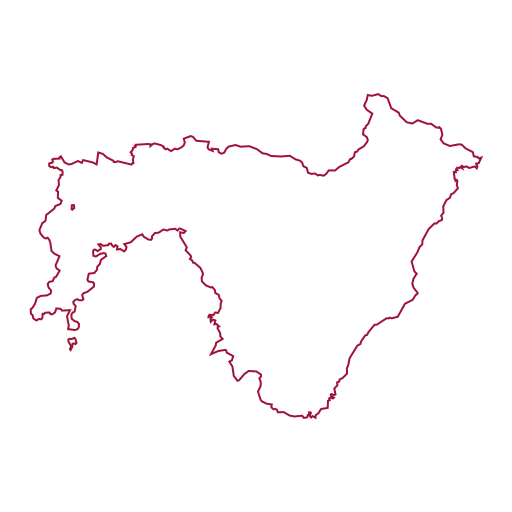 Gowa, Sulawesi Selatan, Indonesia (Mercator projection)
{"feature_id": "22746128B57887954309635", "entity_name": "Gowa", "entity_type": "district", "adm_level": 2, "iso_a3": "IDN", "parent_name": "Indonesia", "parent_adm1": "Sulawesi Selatan", "projection": "mercator", "projection_center": [119.648, -5.33], "detail": "fine", "context": "isolated", "style": "outline", "palette": "rose", "viewbox_px": 512, "rotation_deg": 0, "n_neighbors": 0, "source": "geoboundaries", "source_scale": "gbopen_adm2", "svg_char_len": 5976}
<svg xmlns="http://www.w3.org/2000/svg" viewBox="0 0 512 512"><path d="M416.7,273.7L414.4,271.4L411.6,261.5L417.4,252.3L419.6,247.0L422.2,244.5L422.5,240.4L428.6,229.1L434.6,223.3L436.4,223.6L438.7,221.3L441.9,220.0L442.2,218.5L441.2,215.6L443.5,212.7L443.2,206.5L446.3,200.2L450.0,197.7L451.0,194.4L453.6,193.1L457.9,188.3L456.8,184.9L457.4,180.8L456.8,180.1L455.6,180.8L455.6,179.5L454.7,179.2L453.8,172.0L455.8,172.3L455.8,170.7L457.4,170.1L456.2,169.1L457.4,167.6L459.2,168.0L460.2,167.1L462.1,168.3L461.3,166.5L461.9,165.8L463.7,167.1L466.4,166.4L469.2,168.0L474.8,166.4L476.8,168.3L477.4,166.2L476.2,163.6L478.7,163.2L481.3,157.6L479.0,158.4L477.5,157.0L473.8,156.3L472.9,152.2L465.5,148.3L461.7,144.6L458.9,144.3L449.9,146.0L443.7,143.4L440.6,139.4L442.4,134.6L440.9,128.8L439.4,127.2L438.8,127.8L436.1,127.4L431.2,123.8L427.4,123.8L417.8,120.2L412.4,123.5L406.8,122.3L399.7,115.5L398.8,112.7L391.3,108.3L387.6,98.2L383.8,96.0L381.5,96.2L378.3,94.1L371.9,95.8L367.8,95.0L366.7,100.0L364.1,105.7L366.9,109.9L372.3,113.6L368.2,123.9L365.7,126.3L365.7,127.9L363.7,128.9L363.0,134.4L366.8,137.1L367.8,139.8L367.2,141.9L363.6,146.5L358.7,149.3L357.0,151.6L354.9,152.2L354.0,156.5L351.3,159.0L350.2,158.9L348.4,162.3L339.3,166.9L335.0,170.5L328.7,170.4L326.2,173.9L323.6,175.7L319.8,174.9L317.8,175.4L315.1,173.5L311.5,173.9L308.0,172.7L306.7,167.8L303.4,166.3L302.2,162.7L300.1,160.7L295.6,159.4L289.8,155.8L281.2,156.5L271.2,156.0L266.4,153.9L262.5,153.3L257.2,149.3L249.3,146.2L240.6,146.7L235.5,145.0L228.6,146.6L226.4,148.6L224.2,152.7L221.4,153.7L218.9,152.4L218.1,149.2L211.9,148.7L212.6,150.9L208.8,149.4L207.5,147.5L208.9,141.8L196.3,140.8L192.9,136.8L190.5,136.1L183.8,138.7L184.8,142.7L183.7,145.4L181.8,147.1L177.6,149.3L174.8,148.7L171.0,151.1L167.1,148.6L165.4,149.3L163.5,147.6L163.8,146.7L160.9,145.1L154.9,143.5L153.4,143.7L150.4,146.1L150.5,144.3L148.1,144.0L135.7,144.8L135.8,145.8L134.9,146.1L135.4,147.1L132.9,148.0L132.8,149.9L130.6,152.2L132.0,153.7L131.7,154.9L133.8,156.2L132.9,159.3L133.4,163.2L132.1,163.4L131.5,164.6L117.7,161.2L115.6,162.2L113.7,161.9L113.5,160.8L106.7,157.4L102.9,153.9L98.3,152.5L96.6,164.4L92.4,162.3L83.1,160.1L81.8,162.9L78.0,161.0L71.1,164.2L68.6,164.4L64.6,162.5L60.9,156.3L59.4,157.5L59.5,158.6L53.1,158.9L52.2,159.7L53.0,161.6L52.4,162.6L49.2,163.4L49.2,166.0L51.2,167.3L53.2,166.7L53.9,168.1L56.9,167.6L60.4,170.1L61.9,170.1L62.6,171.5L62.5,174.8L60.6,175.0L60.4,177.3L58.6,180.0L58.9,185.2L56.3,190.5L58.1,191.7L57.8,197.9L61.7,200.7L60.4,204.0L55.4,206.0L54.2,208.7L46.2,215.0L45.5,220.8L42.2,223.3L39.4,230.2L40.5,233.7L43.7,237.5L46.0,238.5L47.6,237.7L49.1,239.5L50.4,242.9L51.5,251.0L54.7,253.9L59.5,256.2L55.5,265.5L56.6,268.4L59.7,270.6L56.0,276.9L54.2,277.6L52.7,281.2L49.4,281.8L47.7,283.9L48.5,287.4L51.2,290.7L50.6,293.6L46.9,295.4L40.8,295.9L36.9,297.8L35.0,303.8L32.2,308.2L30.7,309.2L30.9,313.7L32.6,315.2L33.3,318.4L36.4,320.5L38.8,319.0L41.3,319.3L42.4,317.7L42.6,313.8L44.0,314.0L45.1,312.7L49.7,312.5L50.3,314.0L52.5,314.3L55.1,312.2L56.3,308.5L60.5,308.8L62.0,310.6L70.0,310.2L67.0,316.3L68.8,325.7L68.1,329.1L74.7,330.0L77.5,329.2L78.7,327.5L79.1,324.2L77.5,322.0L74.5,321.1L71.6,318.6L71.4,314.7L72.6,312.6L74.6,311.6L75.7,306.1L73.6,303.7L73.3,301.8L75.1,300.0L77.5,299.2L79.3,300.3L82.4,300.2L83.4,299.1L82.2,295.0L83.5,293.2L87.4,291.8L93.9,286.6L94.1,283.7L93.2,282.3L88.5,281.5L87.4,279.8L88.8,273.7L94.3,273.0L97.0,269.8L97.3,266.6L99.8,264.1L101.0,259.8L106.3,256.0L105.4,253.5L103.6,253.1L100.1,253.9L95.9,256.5L93.4,255.8L93.1,251.0L93.9,249.7L95.3,249.6L97.6,251.1L100.8,249.0L100.9,247.5L98.5,244.4L100.5,244.0L103.2,245.8L108.3,245.1L108.9,243.8L111.0,243.5L112.8,246.4L114.1,246.8L115.3,245.1L117.5,246.2L117.0,249.5L120.3,249.0L124.1,251.4L125.8,249.7L126.5,247.1L124.3,244.1L130.7,242.3L136.8,236.6L142.3,234.3L143.7,236.7L148.2,239.4L150.9,239.9L152.1,238.5L151.9,236.5L154.9,233.0L158.6,232.7L163.4,229.5L167.2,230.5L169.5,229.4L175.3,228.8L177.5,230.5L179.3,228.5L180.7,228.7L185.6,231.1L183.8,233.0L180.1,232.3L180.3,236.7L186.8,247.3L185.6,250.2L190.6,255.5L191.2,257.2L189.9,258.9L192.2,260.5L193.1,262.7L194.6,262.9L200.4,267.9L202.4,272.2L203.0,274.3L201.6,277.8L201.9,281.3L205.9,285.4L210.6,287.4L212.4,287.1L214.9,290.1L215.3,293.0L218.8,294.9L219.5,298.3L221.7,301.0L220.7,303.4L220.6,308.0L218.0,312.9L215.3,312.5L213.3,315.0L209.4,314.8L208.5,316.2L208.5,317.1L209.7,316.5L211.8,317.2L210.4,318.8L210.8,321.7L212.8,319.6L215.4,320.4L214.4,324.3L216.4,324.0L219.0,326.4L217.8,326.6L217.5,328.2L220.2,333.2L220.4,336.5L222.6,338.9L216.2,342.7L215.7,345.4L211.0,354.2L218.3,351.0L224.7,350.0L226.2,350.3L226.7,352.6L233.2,356.1L231.9,360.4L229.3,361.6L232.4,366.5L233.8,375.9L237.5,380.8L239.3,380.0L244.5,373.9L248.7,371.0L256.3,371.4L260.9,374.5L261.1,376.3L259.4,378.2L260.8,382.2L260.6,386.0L258.0,391.6L260.6,399.8L262.0,401.5L266.7,403.7L271.8,404.5L271.3,407.0L272.0,408.0L273.5,409.3L275.3,408.9L277.0,409.8L277.8,412.3L283.7,412.1L289.5,415.5L294.4,416.5L302.1,415.7L303.9,417.9L307.2,417.3L307.8,415.1L309.3,414.2L309.0,412.4L310.2,412.3L310.9,412.8L309.8,415.8L310.5,417.0L311.2,417.5L312.5,416.1L315.5,417.7L315.6,415.3L318.4,413.2L321.1,409.0L327.7,407.9L328.0,400.8L329.7,400.2L329.1,398.5L330.4,397.7L333.0,398.5L333.9,397.6L331.1,396.3L330.7,394.6L331.7,394.0L333.9,395.1L335.5,394.5L334.3,388.6L337.4,385.2L337.1,382.4L339.3,381.5L339.5,379.6L342.6,378.0L347.0,373.7L346.9,368.2L348.2,365.4L349.6,358.2L357.3,345.7L360.4,344.0L361.0,341.6L365.2,335.4L367.1,334.9L368.4,332.2L374.5,324.8L376.9,324.6L386.5,318.3L388.8,318.4L389.6,317.7L391.8,318.3L397.7,316.8L405.0,303.7L412.6,299.9L415.7,294.9L417.2,294.2L417.6,292.8L413.6,287.7L412.3,283.6L413.5,278.7L416.7,273.7ZM72.3,209.7L71.6,209.2L71.8,205.3L73.8,205.0L74.3,208.0L72.3,209.7ZM75.3,338.7L74.2,337.8L72.0,339.0L69.0,338.9L68.3,339.8L68.6,341.8L71.2,346.3L69.9,349.0L70.6,350.0L72.3,346.7L72.6,343.8L74.3,343.4L75.4,344.1L76.5,342.8L75.3,338.7Z" fill="none" stroke="#9f1239" stroke-width="2"/></svg>